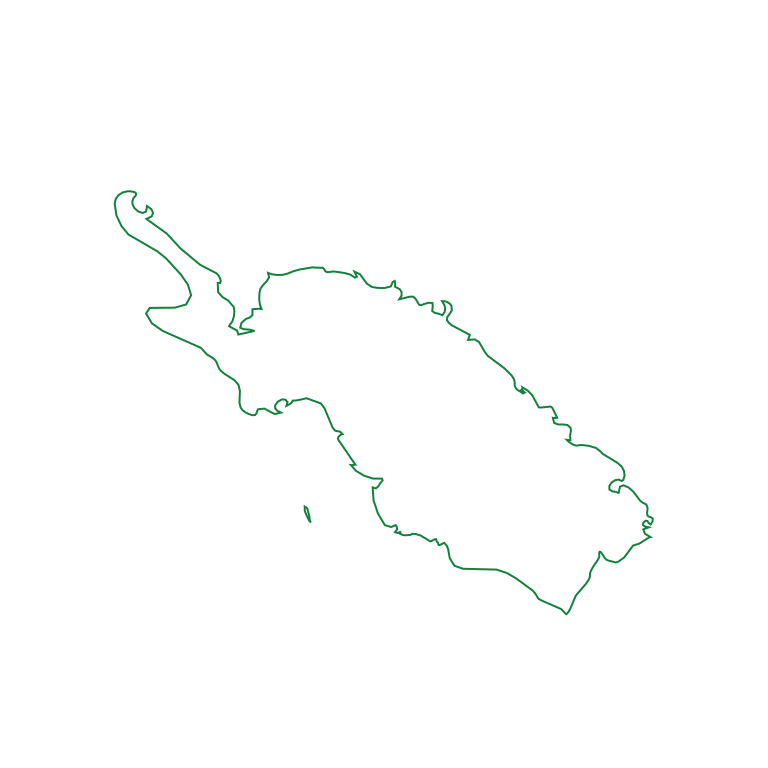 Pinar del Río, Mercator projection, rotated 64°
{"feature_id": "CUB-1321", "entity_name": "Pinar del Río", "entity_type": "Province", "adm_level": 1, "iso_a3": "CUB", "parent_name": "Cuba", "parent_adm1": "", "projection": "mercator", "projection_center": [-83.796, 22.394], "detail": "fine", "context": "isolated", "style": "outline", "palette": "green", "viewbox_px": 768, "rotation_deg": 64, "n_neighbors": 0, "source": "natural_earth", "source_scale": "10m", "svg_char_len": 4686}
<svg xmlns="http://www.w3.org/2000/svg" viewBox="0 0 768 768"><g transform="rotate(64 384 384)"><path d="M670.7,321.2L664.0,323.4L647.8,337.2L644.6,339.4L638.5,339.9L634.3,341.2L616.4,350.6L607.5,356.6L600.1,364.3L584.7,394.0L578.3,400.3L569.6,401.3L560.7,398.8L557.0,398.4L553.2,399.5L553.1,400.3L553.2,404.3L552.7,405.4L551.7,405.4L550.4,405.0L548.5,405.7L547.3,405.3L546.3,405.2L545.8,406.4L545.9,410.5L545.8,411.3L536.1,417.6L532.8,421.2L531.3,423.7L531.1,425.1L531.2,426.1L530.9,427.4L529.1,431.6L527.8,433.5L525.4,435.4L524.5,434.5L524.1,433.5L523.9,437.0L522.0,439.0L520.5,436.0L518.3,435.1L515.9,435.4L515.7,440.2L511.3,445.1L497.8,446.2L483.9,444.4L472.0,439.5L474.2,437.1L473.5,434.1L471.5,430.8L469.9,427.4L468.1,427.4L464.3,435.2L457.6,442.2L449.7,447.3L442.3,449.3L442.9,448.3L443.5,446.3L444.0,445.1L414.1,449.5L412.7,449.3L411.6,448.2L410.9,446.1L410.5,444.2L410.8,443.3L407.7,444.3L404.5,448.4L400.6,449.3L379.7,448.1L373.7,449.3L362.6,460.2L362.3,462.5L360.2,470.5L358.9,473.3L360.3,475.2L360.7,477.0L360.9,481.3L357.9,478.7L354.9,479.4L353.1,482.5L353.4,487.3L355.4,491.1L358.1,492.5L361.2,491.7L364.6,489.1L363.1,495.4L353.7,502.3L351.5,508.2L352.5,509.6L354.3,511.3L355.4,513.4L354.2,516.2L351.7,518.7L348.8,520.9L345.6,522.6L342.3,523.2L337.2,522.0L327.0,516.5L321.0,515.2L315.2,516.6L304.8,523.0L299.8,525.2L297.1,525.4L291.5,525.0L288.7,525.2L285.8,526.4L279.6,530.3L271.2,532.8L239.3,559.6L227.8,566.0L216.4,567.0L212.9,561.3L223.7,538.5L225.8,527.0L219.7,518.5L208.9,516.7L196.9,518.5L175.5,524.8L165.0,529.8L137.8,548.1L126.9,550.7L115.2,550.6L103.8,547.0L100.1,544.0L97.9,539.9L97.3,535.1L98.3,530.2L99.2,528.3L100.6,526.0L102.3,524.0L104.1,523.3L105.4,524.0L106.2,525.5L106.9,527.3L107.8,528.6L109.7,530.2L111.9,531.1L114.3,531.4L116.7,531.1L121.4,529.2L124.5,525.9L124.7,522.2L120.2,519.0L124.8,516.5L128.9,516.5L131.5,519.3L131.5,525.2L153.6,513.3L173.2,507.4L196.1,497.1L210.8,486.3L212.9,485.3L216.5,485.0L219.7,485.5L221.4,486.8L220.2,489.1L228.7,492.8L235.0,491.1L241.1,487.3L249.0,485.3L252.9,486.5L257.5,489.3L261.3,492.9L262.9,496.2L264.2,497.9L271.6,492.6L275.7,493.2L279.5,477.1L276.3,480.8L273.4,485.9L270.4,488.6L266.6,485.3L265.0,479.7L265.4,475.4L264.4,472.1L259.1,469.4L261.6,463.2L262.9,461.2L257.9,460.7L252.5,458.7L247.5,456.0L244.2,453.3L242.0,449.2L240.2,444.3L237.7,440.5L233.3,439.5L236.0,437.0L239.0,432.5L241.5,427.2L242.5,422.3L243.0,415.6L244.2,409.3L248.0,396.5L248.7,395.8L252.6,388.3L254.0,387.5L256.9,387.3L258.3,386.4L259.3,384.5L260.4,380.9L261.1,379.4L266.8,371.0L270.8,366.4L275.7,363.5L275.7,361.3L270.1,361.3L274.8,357.5L286.3,355.4L291.4,352.4L294.6,348.0L298.0,341.5L299.3,335.1L296.1,331.4L296.1,329.2L298.9,330.1L301.6,331.4L305.5,328.4L309.1,327.9L312.3,329.5L314.5,333.2L316.9,322.3L318.4,319.4L321.0,318.3L328.0,317.7L329.4,316.3L329.6,313.4L330.5,308.4L332.4,304.9L335.9,306.3L339.5,308.7L342.3,307.2L344.9,304.0L347.8,301.3L345.8,297.9L343.0,295.9L339.4,295.1L335.0,295.5L336.2,293.2L338.1,291.1L340.6,289.7L343.2,289.1L347.5,290.7L349.8,294.3L351.6,297.8L354.2,299.4L357.8,298.8L361.1,297.2L377.5,285.3L381.2,289.1L383.7,282.9L387.9,280.2L399.6,279.3L404.1,278.4L422.7,268.9L432.0,265.6L436.4,265.1L439.5,265.7L442.9,267.3L445.8,267.3L447.7,266.7L451.4,264.3L453.4,263.3L453.4,261.1L451.4,262.0L449.5,263.3L449.1,262.2L449.2,261.6L449.0,261.3L447.7,261.1L453.4,257.5L459.3,255.7L472.8,255.1L473.9,253.4L477.3,244.1L479.0,243.2L490.2,243.1L489.5,245.2L489.1,246.0L488.4,247.1L493.6,248.1L496.8,245.1L499.0,240.6L501.3,237.1L505.3,235.5L508.4,236.7L511.6,239.2L516.2,241.1L514.3,244.2L517.2,243.2L521.5,240.5L523.7,238.2L525.3,233.4L529.3,227.1L534.4,221.5L539.3,219.1L542.9,217.9L556.9,208.9L562.3,206.6L567.3,206.4L571.7,207.9L575.3,211.1L575.3,213.0L572.8,214.9L571.8,218.4L572.3,222.5L574.4,226.1L577.7,227.7L580.4,225.9L582.7,222.9L584.7,220.9L579.7,216.9L580.1,213.1L584.0,209.7L590.0,207.1L601.3,204.9L603.4,203.9L606.9,201.4L608.4,201.0L611.2,201.5L615.0,204.0L617.8,204.9L619.2,204.2L620.8,202.5L622.8,201.5L625.4,203.0L627.1,206.0L625.3,206.9L622.6,207.3L621.5,208.9L622.6,212.0L624.3,213.0L626.4,212.0L628.9,208.9L628.3,214.7L633.0,215.1L638.4,211.6L638.1,213.2L639.3,223.8L639.3,225.1L638.4,230.9L645.2,244.2L646.4,251.3L646.0,253.9L641.0,259.8L639.6,261.0L637.5,261.8L630.9,262.6L629.7,263.1L629.3,263.7L629.7,264.2L630.3,264.7L633.3,266.0L634.4,267.0L635.8,268.9L640.2,276.6L643.5,281.0L644.4,281.7L646.9,283.1L648.4,284.3L650.2,286.7L652.2,290.3L657.5,302.7L658.8,305.0L667.7,315.1L669.8,318.3L670.6,320.0L670.7,321.2ZM474.2,510.5L474.9,510.4L476.2,510.5L474.8,511.1L469.5,511.2L463.5,510.9L459.4,509.0L462.1,507.5L470.1,509.1L474.2,510.5Z" fill="none" stroke="#15803d" stroke-width="2"/></g></svg>